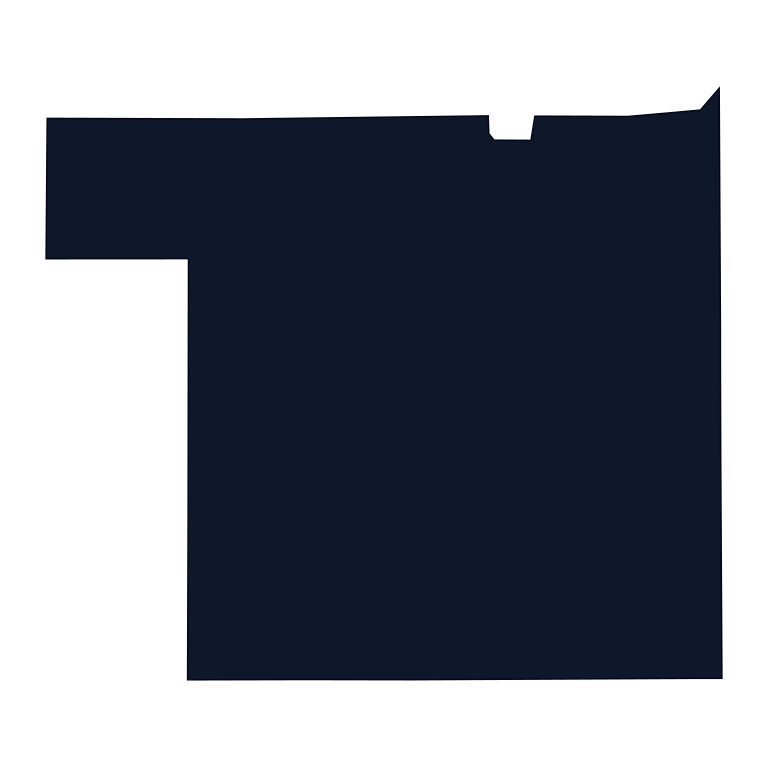 Lincoln, Mississippi, United States of America (orthographic projection)
{"feature_id": "52423323B79314410482452", "entity_name": "Lincoln", "entity_type": "district", "adm_level": 2, "iso_a3": "USA", "parent_name": "United States of America", "parent_adm1": "Mississippi", "projection": "orthographic", "projection_center": [-90.415, 31.533], "detail": "fine", "context": "isolated", "style": "filled", "palette": "ink", "viewbox_px": 768, "rotation_deg": 0, "n_neighbors": 0, "source": "geoboundaries", "source_scale": "gbopen_adm2", "svg_char_len": 404}
<svg xmlns="http://www.w3.org/2000/svg" viewBox="0 0 768 768"><path d="M699.3,678.3L721.9,678.3L720.7,457.1L720.4,359.4L720.4,325.7L719.2,90.4L719.2,88.2L700.4,110.1L627.8,116.5L534.9,116.2L531.0,140.4L494.0,140.2L488.8,133.6L488.2,115.9L242.4,119.0L47.2,118.4L46.1,258.7L188.5,258.6L188.1,526.5L187.6,679.8L304.4,679.5L412.1,679.7L699.3,678.3Z" fill="#0f172a" stroke="#020617" stroke-width="1.5"/></svg>